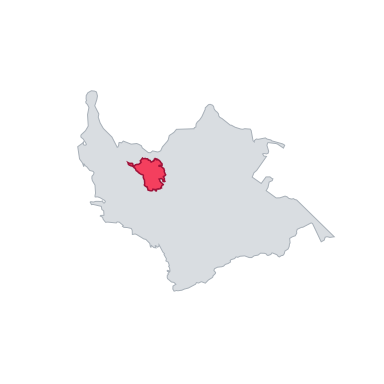 where Santander sits in Colombia, rotated 305°
{"feature_id": "COL-1317", "entity_name": "Santander", "entity_type": "Department", "adm_level": 1, "iso_a3": "COL", "parent_name": "Colombia", "parent_adm1": "", "projection": "robinson", "projection_center": [-73.442, 6.936], "detail": "fine", "context": "in_parent", "style": "filled", "palette": "rose", "viewbox_px": 384, "rotation_deg": 305, "n_neighbors": 0, "source": "natural_earth", "source_scale": "10m", "svg_char_len": 7786}
<svg xmlns="http://www.w3.org/2000/svg" viewBox="0 0 384 384"><g transform="rotate(305 192 192)"><path d="M216.4,59.5L213.1,61.0L206.8,62.9L202.5,70.9L199.5,72.3L195.9,77.1L193.2,82.9L191.1,94.9L185.7,105.1L186.2,105.5L188.3,105.1L190.4,103.9L191.1,104.3L191.8,106.1L194.3,106.5L196.3,114.7L200.0,118.9L200.4,120.5L200.9,123.9L199.6,126.0L199.2,133.5L200.3,135.4L203.1,136.2L205.0,140.8L206.2,141.9L207.9,142.7L212.0,141.9L219.4,142.7L221.1,142.6L225.2,141.0L230.5,143.0L234.4,143.3L245.0,157.4L246.0,157.0L247.4,157.9L250.0,156.4L252.3,156.2L255.4,156.9L259.3,156.9L267.3,155.4L268.5,154.6L272.9,155.4L274.2,156.5L274.9,159.1L274.4,160.7L272.8,162.4L272.0,164.5L271.8,167.1L271.1,169.0L269.7,170.2L269.1,172.0L269.4,174.4L268.7,185.0L269.3,185.9L269.8,190.3L271.6,196.0L272.5,197.6L274.1,198.9L276.9,203.6L276.3,205.2L269.0,212.6L268.7,214.3L270.1,213.6L272.3,214.3L273.1,216.0L278.4,221.1L278.4,223.1L279.9,226.9L279.6,227.8L283.4,238.7L283.5,241.1L280.4,241.7L280.3,234.4L279.8,232.9L276.3,226.3L275.6,225.8L273.2,226.6L269.4,231.4L267.5,232.1L266.1,231.4L264.6,228.6L263.6,228.0L262.7,230.4L263.9,232.6L246.7,232.6L243.3,231.7L238.7,232.8L238.7,243.8L246.8,244.0L249.1,247.2L248.9,249.8L249.2,250.7L247.3,251.2L244.4,249.5L239.4,251.6L235.6,252.0L235.4,264.3L237.6,267.3L242.0,270.6L242.6,272.8L242.3,274.9L243.3,277.6L244.8,279.0L244.8,280.5L245.5,282.3L236.9,334.2L233.9,331.0L232.8,328.2L231.3,327.0L228.4,327.9L225.3,326.4L235.3,308.8L235.0,307.3L226.7,303.0L225.8,301.9L221.8,299.6L219.7,300.2L218.4,301.4L215.4,301.7L212.9,299.9L210.0,298.6L206.5,301.6L205.5,301.6L203.0,302.9L200.4,303.4L196.9,302.0L194.1,303.0L192.1,302.8L191.4,301.8L188.9,300.8L188.7,299.6L189.3,297.4L188.3,293.1L187.9,292.4L186.0,292.4L183.8,290.8L183.3,289.9L183.8,288.1L183.4,286.6L181.2,283.2L178.2,282.3L175.4,279.5L172.5,278.5L171.1,276.4L169.9,271.8L166.9,268.2L164.8,267.0L164.1,265.3L161.9,265.1L159.0,262.8L157.7,262.6L156.8,263.7L154.1,262.6L151.8,260.8L149.4,260.4L147.9,259.3L145.0,256.0L142.0,254.4L140.2,255.0L139.6,257.5L138.6,257.9L135.1,257.3L134.5,257.8L133.5,257.7L129.3,255.9L125.0,255.2L123.9,251.1L121.2,249.6L120.4,247.6L118.5,247.8L111.2,244.1L108.2,241.5L105.7,240.0L103.0,237.1L102.5,235.9L100.5,234.2L101.5,232.0L104.0,230.4L107.2,231.7L107.6,229.1L106.5,226.8L107.0,221.7L107.9,220.6L109.7,219.5L110.8,219.9L111.5,219.1L114.1,219.5L114.9,219.1L117.0,217.1L117.8,215.4L118.8,215.6L120.9,212.8L120.6,210.1L122.6,209.4L124.7,204.9L125.7,204.8L126.1,202.6L129.9,195.2L128.5,196.0L127.1,195.5L127.3,193.0L126.8,192.7L125.6,194.6L124.6,192.6L124.9,189.4L123.2,190.0L123.3,189.3L125.7,186.9L126.7,181.4L125.9,179.4L125.4,171.1L125.0,169.5L123.0,167.5L126.2,165.1L127.3,163.3L125.9,159.6L124.0,156.5L124.0,154.7L125.1,154.9L125.6,149.7L124.5,147.8L123.2,147.7L119.0,140.2L117.6,138.6L118.7,134.9L120.0,133.3L119.7,130.6L120.5,130.7L122.3,133.2L123.0,132.8L125.9,130.5L126.0,128.2L128.2,125.9L125.1,118.1L124.0,116.9L125.3,114.4L126.0,114.6L127.2,117.0L129.2,118.6L132.1,122.9L133.4,123.9L132.5,124.9L132.3,125.9L132.7,126.5L134.4,126.6L135.0,125.4L134.6,120.1L133.9,117.5L132.4,115.6L132.9,114.9L135.8,113.6L142.0,108.6L144.2,103.8L145.8,102.1L147.6,101.0L149.9,101.3L151.6,100.7L152.2,99.2L151.0,95.9L152.3,91.4L152.3,89.2L153.1,87.8L152.9,87.3L150.6,88.9L152.9,85.7L154.6,80.9L163.6,72.4L169.4,74.4L171.3,74.3L168.9,75.4L168.5,76.6L169.3,77.9L170.2,78.3L171.0,77.4L173.0,72.5L173.2,69.7L174.1,68.8L175.3,68.4L181.1,69.6L186.5,69.2L195.4,62.1L202.1,59.1L203.7,56.2L204.1,54.0L205.3,53.1L206.6,53.1L207.4,51.9L210.4,50.0L213.7,49.8L217.2,51.5L218.8,54.4L219.1,56.4L216.4,59.5ZM114.2,218.6L113.8,218.9L113.1,218.3L112.8,217.4L113.3,216.8L113.9,217.0L114.2,218.6Z" fill="#d9dde1" stroke="#a8b0b8" stroke-width="1"/><path d="M181.8,130.0L182.1,130.3L182.3,130.5L182.7,130.7L183.1,131.1L183.4,131.5L183.5,131.7L183.5,131.8L183.7,132.1L183.8,132.2L184.0,132.4L184.2,132.5L184.5,132.6L185.3,132.7L185.6,132.9L185.7,133.1L185.8,133.1L186.1,133.2L186.6,133.1L187.0,133.2L187.3,133.2L187.5,132.3L187.8,131.9L188.0,131.7L188.2,131.8L188.3,131.8L188.7,131.9L189.2,131.9L189.5,131.9L189.7,132.0L189.8,132.0L190.1,132.0L190.4,132.1L190.5,132.0L190.8,131.9L191.4,132.0L191.3,132.3L191.4,132.9L191.5,133.2L191.6,133.4L192.7,134.4L192.7,134.6L192.7,134.8L192.8,135.2L193.2,135.9L193.4,136.2L193.4,136.3L193.6,136.4L193.6,137.4L193.0,138.1L193.2,138.4L193.3,138.5L193.4,138.8L193.5,138.9L193.7,139.0L193.7,139.4L193.7,139.5L193.8,139.6L193.7,139.9L193.5,140.2L193.0,141.2L193.1,141.5L193.5,141.7L193.9,141.8L194.2,141.9L194.3,142.0L194.5,142.2L194.7,142.3L195.1,142.7L195.3,142.5L195.5,142.4L195.8,142.4L196.0,142.5L196.2,142.9L196.3,142.9L196.4,142.7L196.5,142.6L196.8,142.6L197.2,142.5L197.4,142.5L197.5,142.5L197.6,142.4L197.7,142.5L197.8,142.5L198.0,142.8L198.0,143.2L198.0,143.5L198.0,144.0L198.1,144.5L198.3,144.4L198.5,144.3L198.6,144.2L198.7,143.9L199.1,145.2L199.0,145.5L198.9,145.7L198.9,146.0L199.1,146.6L199.0,147.2L198.8,148.5L198.2,149.7L198.1,150.0L198.1,151.0L197.8,151.3L197.5,151.5L197.0,152.1L196.6,152.2L196.3,152.1L196.0,151.3L195.9,150.9L195.6,150.5L195.1,150.1L194.8,149.8L194.7,149.8L194.4,149.9L194.2,150.1L194.3,150.5L194.8,151.0L195.1,151.3L195.2,151.5L195.2,151.8L195.1,152.4L195.2,153.1L194.9,154.1L195.1,154.6L195.1,154.9L195.1,155.3L194.9,155.6L194.7,155.9L194.3,156.1L194.0,156.9L193.7,157.1L193.3,157.3L192.8,157.5L192.6,157.7L192.5,158.0L191.4,159.6L191.1,160.4L191.0,160.6L190.7,160.6L189.3,160.3L188.8,160.0L188.5,159.8L188.3,159.7L188.2,159.7L187.9,159.9L187.7,160.7L186.9,162.0L186.6,162.1L186.1,161.9L185.9,162.0L185.8,162.4L185.7,162.8L185.4,163.1L185.2,163.7L184.8,163.6L184.2,162.7L184.1,162.2L184.3,162.1L184.6,161.8L184.7,161.5L185.0,161.3L185.2,160.9L185.4,160.2L185.5,159.8L185.5,159.5L185.4,159.3L185.3,159.0L184.7,158.4L184.0,158.0L183.7,157.7L183.3,158.7L183.2,158.8L182.5,159.4L182.4,159.7L182.3,160.4L182.0,160.9L181.9,161.2L182.0,161.5L182.0,161.8L182.0,162.2L181.9,162.7L181.7,163.6L181.7,163.9L181.7,164.1L181.6,164.3L181.4,164.3L181.1,164.0L180.8,163.8L180.5,163.7L180.2,163.6L179.7,163.7L178.7,164.0L178.0,164.5L178.0,164.0L178.0,163.9L177.8,163.9L177.6,163.8L177.4,163.9L177.1,164.0L176.8,164.1L176.6,164.1L176.1,163.8L175.7,163.3L175.5,162.7L175.3,162.6L175.2,162.6L174.9,162.6L174.7,162.0L174.5,161.8L173.9,161.6L173.6,161.2L173.3,161.5L173.1,161.8L172.9,162.0L172.7,162.2L172.3,162.1L172.1,161.5L172.1,161.3L172.2,160.9L172.6,160.2L172.6,159.9L172.5,159.5L172.3,159.2L172.1,158.7L171.8,158.3L171.6,158.4L171.4,158.5L171.0,158.8L170.8,158.9L170.7,158.9L170.4,158.7L170.1,158.5L169.9,158.3L169.6,157.9L169.0,156.9L168.8,156.1L168.6,155.8L168.5,155.3L168.5,155.1L168.4,154.7L168.9,154.3L169.3,153.9L170.0,152.7L170.3,152.7L170.5,152.3L170.5,152.1L170.4,152.0L170.1,151.7L170.1,151.4L170.1,149.9L170.1,149.7L170.3,149.3L170.3,149.1L170.4,148.9L170.6,148.8L171.2,148.7L171.8,148.4L174.6,146.1L174.8,145.8L175.2,144.7L175.9,144.0L176.0,143.7L177.3,142.9L177.7,142.6L177.9,142.2L177.8,141.5L177.7,141.2L177.4,140.7L177.3,140.3L177.2,138.2L177.2,137.4L177.3,137.4L177.3,136.7L177.5,135.9L177.7,135.5L177.7,135.3L177.7,135.1L177.5,134.9L177.5,134.7L177.5,134.1L177.6,133.8L178.4,132.6L178.5,132.4L178.8,132.1L178.7,131.5L178.8,131.3L178.8,131.2L178.8,130.9L178.7,130.6L178.8,130.4L178.9,130.2L179.0,129.2L179.0,128.8L178.8,127.8L178.7,127.6L178.3,126.5L178.4,126.3L178.1,125.3L178.1,125.0L178.1,124.7L178.2,124.1L178.4,123.7L178.7,123.5L178.9,123.3L179.0,123.1L179.1,122.9L179.3,122.9L179.4,122.7L179.5,123.5L179.5,123.8L179.6,124.1L180.3,125.3L180.3,125.7L180.4,125.8L180.5,125.8L180.8,126.1L181.0,126.2L181.0,126.3L181.2,126.6L181.2,127.0L181.1,127.3L180.6,127.7L180.5,127.8L180.4,127.9L180.1,128.2L180.1,128.3L180.0,128.5L180.1,128.9L180.1,129.1L180.0,129.3L179.9,129.9L181.8,130.0Z" fill="#f43f5e" stroke="#9f1239" stroke-width="1.5"/></g></svg>